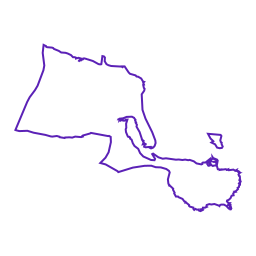 outline of Howth-Malahide Lea-7, Dublin, Ireland
{"feature_id": "5873133B80891439467393", "entity_name": "Howth-Malahide Lea-7", "entity_type": "district", "adm_level": 2, "iso_a3": "IRL", "parent_name": "Ireland", "parent_adm1": "Dublin", "projection": "natural_earth1", "projection_center": [-6.109, 53.412], "detail": "fine", "context": "isolated", "style": "outline", "palette": "violet", "viewbox_px": 256, "rotation_deg": 0, "n_neighbors": 0, "source": "geoboundaries", "source_scale": "gbopen_adm2", "svg_char_len": 4731}
<svg xmlns="http://www.w3.org/2000/svg" viewBox="0 0 256 256"><path d="M118.3,172.1L132.9,167.6L144.7,165.8L151.2,165.7L155.7,167.2L160.8,167.4L166.3,169.0L169.0,170.9L169.7,172.4L167.9,179.4L168.4,183.8L169.5,185.1L169.2,185.6L170.5,186.2L173.2,188.7L173.0,189.7L174.6,192.7L174.2,193.4L175.9,196.5L178.0,196.5L178.6,197.2L182.5,198.9L184.4,201.5L185.4,201.7L185.4,202.6L185.9,202.4L189.1,205.0L189.0,205.8L189.8,206.6L193.4,207.6L193.4,208.9L194.2,209.9L195.4,208.9L197.0,209.7L198.4,209.5L199.0,210.6L200.5,211.1L202.3,210.2L201.6,209.7L202.3,209.5L201.8,209.2L202.6,209.1L202.9,207.7L205.0,207.7L206.8,206.9L206.3,206.5L206.7,205.0L209.3,204.1L211.4,204.5L214.4,204.0L218.9,205.6L219.4,206.2L219.2,205.6L219.5,205.9L219.7,205.3L221.1,204.6L223.9,204.6L226.3,205.9L228.8,208.6L229.6,208.5L230.2,209.4L230.9,209.3L231.2,208.6L230.2,208.2L230.9,208.0L230.2,207.9L230.0,207.1L230.9,207.0L230.5,205.5L228.7,205.2L229.4,204.7L228.2,204.6L228.5,203.7L229.2,203.9L229.8,203.1L228.9,203.1L227.5,202.1L226.9,201.3L227.1,200.5L228.8,199.8L230.5,198.2L231.6,195.7L233.6,195.3L233.2,193.5L234.3,192.1L235.3,191.9L234.8,191.5L235.7,191.3L238.0,189.1L237.6,187.9L238.9,187.1L239.3,184.8L240.0,184.7L240.0,184.4L239.5,184.7L239.7,184.1L239.0,184.5L239.5,183.7L239.0,183.4L240.6,181.3L239.4,180.4L239.5,179.6L240.1,179.5L240.0,178.6L240.6,178.4L240.0,178.4L239.8,176.2L239.0,175.9L238.5,174.4L239.5,173.3L238.9,172.6L239.4,172.5L238.7,172.2L239.1,171.6L238.1,171.0L236.1,170.9L236.5,170.0L235.1,170.7L233.4,169.6L228.9,170.2L228.7,169.8L227.4,169.9L227.6,169.5L226.5,169.9L226.9,169.6L225.7,169.2L221.7,169.7L222.5,169.1L221.1,169.6L217.8,169.2L216.8,165.5L217.7,160.6L217.0,159.6L213.1,158.0L212.4,156.9L212.5,158.9L213.2,158.7L216.6,160.0L217.2,160.8L217.0,161.3L216.3,161.6L212.6,161.9L215.0,161.9L216.6,163.2L216.0,165.5L214.2,165.5L212.9,166.0L211.7,165.3L210.5,163.8L210.1,163.9L209.5,162.9L210.1,161.9L210.9,161.6L210.5,160.9L209.0,162.5L210.2,164.9L210.0,165.4L208.8,165.8L208.2,165.6L207.3,163.8L206.4,163.6L207.3,163.5L207.4,162.3L210.1,159.5L211.0,160.1L210.4,158.6L205.5,162.5L203.0,162.5L202.3,163.0L202.3,164.0L201.4,164.4L196.5,163.4L193.8,161.3L189.7,159.9L188.2,160.2L185.2,159.6L182.4,160.0L178.7,159.5L176.0,159.7L166.0,158.3L162.7,158.7L158.4,157.3L153.1,153.6L152.2,154.1L155.1,158.9L154.5,160.2L151.1,160.0L143.3,156.5L140.1,153.1L138.2,148.8L134.5,146.0L132.8,143.2L131.6,139.6L130.1,138.6L130.1,137.5L129.2,136.8L128.3,136.9L127.6,136.0L126.0,132.1L125.7,129.2L126.3,127.8L126.1,123.7L127.4,119.6L125.5,119.7L125.4,120.4L124.9,120.6L123.8,120.7L123.1,120.1L122.7,121.3L122.7,120.2L121.0,120.3L121.4,119.7L120.9,119.6L120.2,120.6L119.7,120.2L120.1,119.5L119.7,119.9L119.8,119.5L118.8,119.4L119.3,118.9L120.1,119.2L119.4,118.9L119.8,118.7L120.4,119.2L120.4,118.6L123.1,118.3L126.6,116.9L131.9,116.7L134.6,118.1L134.1,118.0L135.5,119.9L135.1,120.5L136.1,122.5L135.7,122.8L136.9,124.8L136.5,126.6L139.6,132.0L142.1,139.6L141.0,139.9L142.1,139.6L143.6,140.9L143.0,141.6L143.7,142.5L143.3,143.3L144.2,143.4L144.7,143.6L146.5,144.6L145.1,144.2L144.2,143.4L143.7,143.5L143.1,144.3L144.3,144.2L144.7,145.0L144.1,146.7L145.7,147.3L148.4,147.0L149.3,147.0L151.7,146.8L150.1,147.1L151.6,147.3L151.5,147.9L151.9,147.4L151.4,148.1L148.5,147.0L150.7,148.3L151.5,148.3L153.3,147.5L154.7,145.8L155.6,143.0L155.3,140.4L152.2,132.2L145.5,118.6L142.5,109.9L141.7,94.3L144.2,90.7L144.6,88.8L143.9,88.0L143.2,85.0L144.0,84.7L143.2,82.8L144.1,81.9L143.0,81.5L141.2,78.5L138.1,76.7L136.5,76.5L135.6,75.4L130.0,73.8L128.7,72.5L124.6,66.4L122.4,66.4L123.3,67.6L121.6,66.6L111.2,66.0L108.4,65.2L107.7,64.8L107.8,64.3L107.6,64.7L106.5,64.2L104.7,61.2L104.9,57.5L103.9,56.4L102.4,56.1L101.4,63.7L101.3,64.2L100.1,64.4L98.5,64.1L92.9,61.0L87.2,59.2L87.3,58.7L87.0,59.1L84.3,58.4L83.3,58.5L83.0,59.3L81.9,59.7L81.6,59.4L81.0,60.4L80.3,60.4L81.0,59.8L80.4,59.9L78.5,61.5L79.3,60.3L81.1,59.6L81.2,58.6L78.5,57.8L76.0,58.5L76.0,57.7L74.8,57.2L73.0,57.2L71.0,55.1L67.7,53.5L65.5,52.8L61.2,52.5L58.8,50.9L53.9,48.9L53.3,48.1L52.0,47.6L47.1,47.2L46.1,46.7L46.0,46.1L43.6,44.9L42.7,52.9L44.3,65.5L43.4,70.3L37.6,85.7L35.0,90.1L29.7,97.2L27.2,101.9L15.4,130.0L15.9,130.2L19.3,131.1L27.4,130.8L33.6,132.7L45.4,134.9L50.7,136.4L52.3,136.6L56.8,136.0L59.5,136.7L59.6,137.2L64.7,138.0L65.0,137.5L69.6,137.3L72.2,137.6L75.2,136.6L81.1,137.1L82.7,136.6L82.3,136.0L82.9,135.5L90.0,133.5L90.9,132.9L108.2,136.1L109.0,135.9L110.7,136.9L110.9,142.1L108.6,152.3L105.5,157.7L100.3,163.0L105.6,164.4L117.6,171.2L118.3,172.1ZM220.8,142.0L220.3,140.3L221.4,136.0L220.6,134.9L208.0,133.8L210.5,138.5L213.3,141.2L211.4,142.5L215.1,144.3L217.1,147.6L219.7,148.2L221.9,147.9L222.7,146.6L221.5,143.8L221.7,142.7L220.8,142.0Z" fill="none" stroke="#5b21b6" stroke-width="2"/></svg>